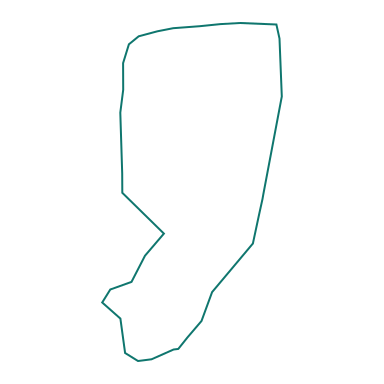 Suez, Egypt
{"feature_id": "37247803B22529416419300", "entity_name": "Suez", "entity_type": "district", "adm_level": 2, "iso_a3": "EGY", "parent_name": "Egypt", "parent_adm1": "", "projection": "albers", "projection_center": [32.567, 29.96], "detail": "fine", "context": "isolated", "style": "outline", "palette": "teal", "viewbox_px": 384, "rotation_deg": 0, "n_neighbors": 0, "source": "geoboundaries", "source_scale": "gbopen_adm2", "svg_char_len": 570}
<svg xmlns="http://www.w3.org/2000/svg" viewBox="0 0 384 384"><path d="M122.3,192.8L163.9,233.6L145.0,255.7L131.5,281.9L110.3,289.5L102.2,302.5L120.4,318.6L125.1,353.0L138.0,361.0L142.9,360.4L151.4,359.3L151.5,359.3L173.6,349.5L177.8,349.0L178.3,348.9L187.4,337.5L201.5,321.0L212.1,292.1L252.9,243.5L259.2,214.0L262.5,199.0L263.4,193.9L281.8,96.5L279.5,38.6L278.3,33.1L276.4,24.5L240.2,23.0L220.5,24.1L199.8,26.2L173.2,28.2L157.4,31.3L138.7,36.3L128.9,44.3L123.1,63.1L123.2,89.8L120.3,112.6L122.2,173.4L122.3,192.8Z" fill="none" stroke="#0f766e" stroke-width="2"/></svg>